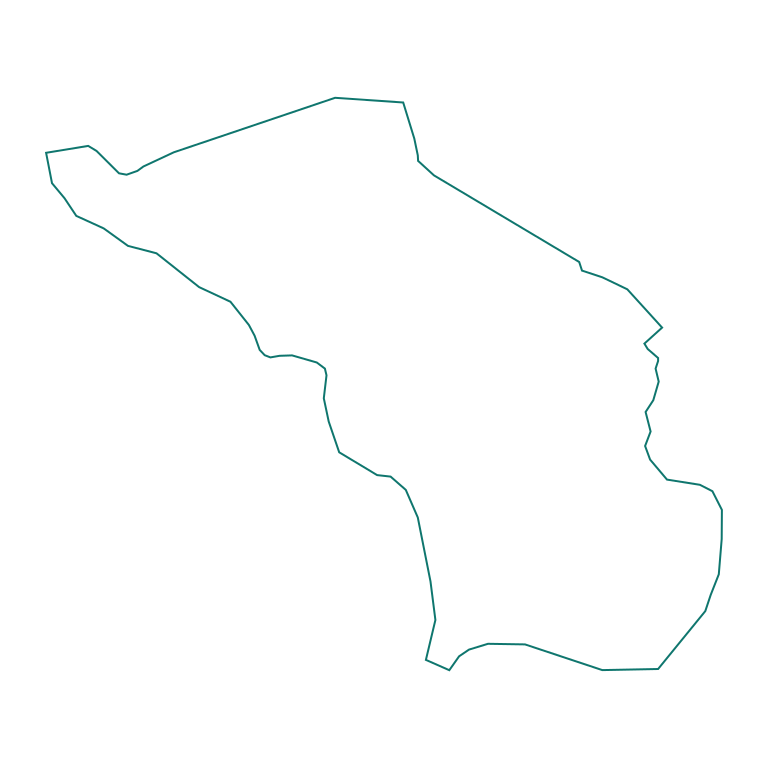 Slovenska Bistrica, Albers equal-area conic projection
{"feature_id": "SVN-221", "entity_name": "Slovenska Bistrica", "entity_type": "Municipality", "adm_level": 1, "iso_a3": "SVN", "parent_name": "Slovenia", "parent_adm1": "", "projection": "albers", "projection_center": [15.549, 46.386], "detail": "fine", "context": "isolated", "style": "outline", "palette": "teal", "viewbox_px": 768, "rotation_deg": 0, "n_neighbors": 0, "source": "natural_earth", "source_scale": "10m", "svg_char_len": 1008}
<svg xmlns="http://www.w3.org/2000/svg" viewBox="0 0 768 768"><path d="M425.9,659.9L435.4,620.0L430.5,581.5L417.8,517.5L405.8,489.9L390.6,476.6L377.1,475.1L339.2,452.3L328.7,421.5L323.8,398.3L326.5,375.3L324.9,368.6L316.8,362.5L292.1,355.4L279.6,355.8L270.4,357.4L264.7,355.2L259.7,349.9L254.6,335.7L248.9,325.0L230.5,301.8L199.1,287.1L156.5,253.3L128.0,245.9L103.7,228.4L76.3,215.9L64.5,198.2L52.0,183.2L46.1,152.8L88.2,145.9L96.6,151.0L119.0,173.3L126.6,174.7L137.4,170.9L143.4,166.5L173.8,152.3L335.1,97.8L403.2,102.5L414.3,138.6L417.8,155.4L418.1,160.9L434.0,175.4L579.2,262.0L582.0,270.6L602.3,277.3L627.3,289.3L662.1,327.6L644.4,343.6L647.7,349.0L658.1,358.0L658.1,361.0L655.6,368.6L658.7,381.6L653.3,400.2L645.6,412.0L650.6,431.5L645.1,446.0L650.1,459.6L667.0,479.6L699.9,484.8L712.4,491.2L721.9,509.9L721.7,539.0L718.8,574.3L710.7,594.9L705.3,611.1L658.1,669.0L602.3,670.1L525.0,644.4L488.0,643.8L469.0,649.6L459.1,656.3L449.3,670.2L425.9,659.9Z" fill="none" stroke="#0f766e" stroke-width="2"/></svg>